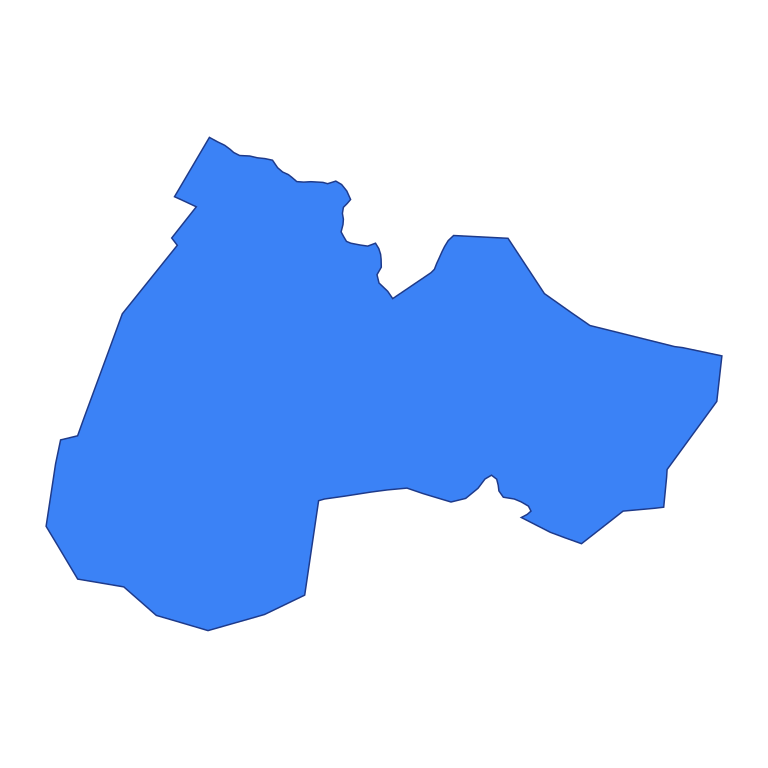 outline of Patos do Piauí, Piauí, Brazil
{"feature_id": "56859067B57592098584408", "entity_name": "Patos do Piauí", "entity_type": "district", "adm_level": 2, "iso_a3": "BRA", "parent_name": "Brazil", "parent_adm1": "Piauí", "projection": "mercator", "projection_center": [-41.277, -7.664], "detail": "fine", "context": "isolated", "style": "filled", "palette": "blue", "viewbox_px": 768, "rotation_deg": 0, "n_neighbors": 0, "source": "geoboundaries", "source_scale": "gbopen_adm2", "svg_char_len": 1529}
<svg xmlns="http://www.w3.org/2000/svg" viewBox="0 0 768 768"><path d="M721.9,355.9L682.5,347.6L674.6,346.6L589.9,325.5L570.4,312.0L544.4,293.6L508.0,238.3L453.6,235.5L448.2,240.6L444.6,246.5L442.1,251.5L439.2,258.0L436.7,263.4L434.4,269.3L431.0,272.7L392.7,298.6L387.7,291.3L379.0,283.0L377.0,274.7L381.3,267.2L381.1,259.3L380.6,254.3L378.8,248.6L375.5,243.2L367.7,246.1L360.1,245.0L350.8,243.2L346.5,241.4L343.7,236.7L341.1,231.9L343.0,224.5L343.4,219.2L342.4,213.4L343.4,207.3L347.1,203.6L350.6,199.5L346.8,191.0L341.6,184.5L335.8,181.1L327.6,183.7L323.0,182.4L318.1,182.1L310.9,181.7L303.7,182.1L296.8,181.6L292.4,177.8L288.5,174.7L282.6,172.0L277.6,167.7L272.5,160.2L265.0,158.6L257.4,157.8L249.7,156.0L239.6,155.5L233.7,152.5L230.2,149.4L224.7,145.3L217.5,141.8L209.4,137.4L182.0,184.0L174.5,196.7L186.3,202.1L196.3,206.8L171.7,238.0L177.3,245.3L122.3,313.8L108.2,352.3L84.1,417.7L77.6,435.8L60.6,439.9L55.6,463.7L46.1,526.3L58.2,546.4L77.7,579.1L123.8,586.9L156.3,615.4L186.4,624.2L192.5,626.0L208.0,630.6L264.5,614.5L304.7,595.1L318.6,500.7L324.5,499.0L345.0,496.1L370.0,492.2L375.9,491.4L387.5,489.9L407.0,488.1L422.8,493.5L429.7,495.6L451.0,502.0L465.7,498.4L478.0,488.3L485.0,479.0L491.5,475.2L496.7,479.2L498.2,485.2L498.9,490.9L503.3,497.2L514.3,499.0L521.0,501.8L528.4,506.1L531.0,511.1L527.2,514.4L521.3,517.5L550.3,532.3L565.0,537.8L581.5,543.7L623.1,511.1L654.3,508.3L663.7,507.2L666.6,477.4L667.1,469.5L670.9,464.3L680.9,450.6L716.8,401.4L721.9,355.9Z" fill="#3b82f6" stroke="#1e3a8a" stroke-width="1.5"/></svg>